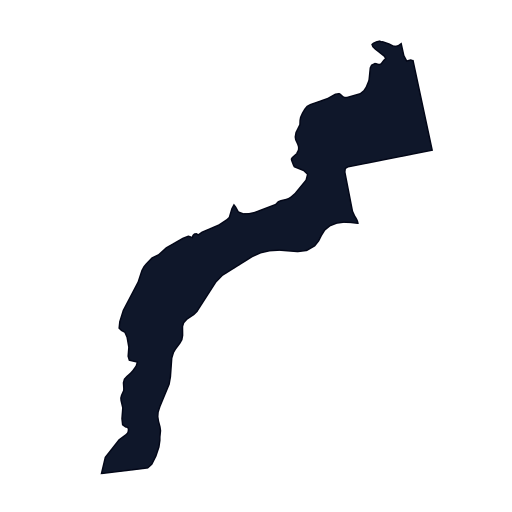 outline of Zamboanga del Norte, rotated 349°
{"feature_id": "PHL-2520", "entity_name": "Zamboanga del Norte", "entity_type": "Province", "adm_level": 1, "iso_a3": "PHL", "parent_name": "Philippines", "parent_adm1": "", "projection": "mercator", "projection_center": [122.74, 7.933], "detail": "fine", "context": "isolated", "style": "filled", "palette": "ink", "viewbox_px": 512, "rotation_deg": 349, "n_neighbors": 0, "source": "natural_earth", "source_scale": "10m", "svg_char_len": 2428}
<svg xmlns="http://www.w3.org/2000/svg" viewBox="0 0 512 512"><g transform="rotate(349 256 256)"><path d="M62.9,439.9L69.7,424.9L86.6,410.3L94.4,406.6L96.3,405.3L97.2,403.7L97.8,401.6L97.4,399.7L95.4,398.9L92.9,396.2L93.4,390.1L96.3,379.6L96.0,372.0L96.3,369.6L97.5,367.1L100.5,362.9L101.0,360.8L101.7,355.2L103.4,351.8L106.4,349.6L110.5,347.2L113.3,345.1L117.4,341.2L119.4,337.5L111.8,334.1L111.4,330.0L113.8,321.3L114.0,311.2L112.8,305.8L109.8,303.4L107.9,300.7L109.8,294.5L115.4,284.1L135.4,259.1L141.3,248.5L144.1,245.1L146.8,242.9L153.6,238.1L160.8,236.2L169.5,230.9L187.7,224.7L193.4,223.7L197.1,225.8L198.1,223.8L199.8,222.7L201.7,222.8L203.4,224.3L207.5,222.4L225.6,218.5L234.5,214.8L237.2,213.1L241.4,205.0L244.1,201.7L245.3,204.1L247.0,209.4L251.5,212.2L257.2,213.2L262.7,213.1L285.2,209.2L288.3,207.0L290.9,206.5L296.4,206.3L299.0,205.9L301.4,205.0L306.3,202.2L319.7,191.1L322.3,185.6L319.3,181.3L310.7,175.7L310.2,174.1L309.3,169.0L309.3,167.6L310.5,166.3L314.8,163.8L315.7,163.5L316.1,162.4L317.2,161.2L318.2,159.5L318.7,157.0L318.4,154.3L317.2,149.4L317.3,146.6L318.9,142.4L324.2,135.5L325.2,131.2L326.3,128.4L328.9,124.7L332.0,121.2L334.8,118.9L338.3,117.8L356.6,115.1L364.7,112.4L368.5,112.5L369.5,113.3L371.8,116.4L373.3,117.4L375.7,117.8L389.4,116.6L393.5,114.4L396.5,111.3L400.1,105.8L400.8,104.2L404.1,93.2L405.9,90.8L409.5,89.8L410.8,90.3L412.0,91.0L413.4,91.6L415.1,91.5L416.2,90.7L419.0,88.2L421.1,87.0L420.1,84.3L412.6,75.6L410.7,72.8L410.3,70.5L411.9,69.6L415.2,68.8L418.4,68.7L419.8,69.7L421.2,69.9L427.1,73.3L430.8,76.2L433.3,76.9L436.0,76.7L439.0,75.3L439.3,87.5L441.1,93.4L445.3,93.1L446.7,94.0L447.4,94.2L449.1,185.7L363.2,186.0L360.3,187.1L359.2,190.5L359.2,230.5L360.4,235.6L361.2,237.6L361.8,239.5L362.2,241.4L362.3,243.3L362.2,243.3L355.3,241.1L348.5,239.5L341.5,239.1L334.3,240.4L328.2,243.7L328.2,243.8L324.1,248.2L320.4,253.0L315.5,257.2L306.8,260.2L299.4,259.7L297.8,259.6L280.1,254.7L270.4,253.4L261.2,253.7L252.2,255.8L219.2,268.5L216.5,270.4L211.6,273.8L187.6,298.9L187.6,299.0L184.0,301.4L175.8,304.9L175.8,305.0L172.2,307.7L170.4,311.1L168.8,319.9L167.2,324.0L164.7,326.9L159.1,332.0L156.6,334.8L153.8,340.1L148.9,358.3L146.2,365.3L132.9,385.4L130.1,390.5L128.9,394.9L128.7,399.5L129.1,405.4L128.9,409.3L127.1,415.2L126.4,418.7L124.2,425.0L119.5,433.3L114.0,440.4L113.7,440.6L109.2,443.3L63.9,440.1L63.0,439.9L62.9,439.9Z" fill="#0f172a" stroke="#020617" stroke-width="1.5"/></g></svg>